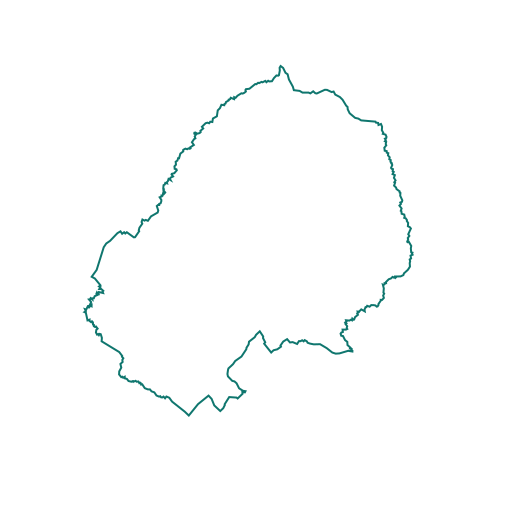 outline of Chulabhorn, Nakhon Si Thammarat, Thailand, rotated 138°
{"feature_id": "78962969B60161161731937", "entity_name": "Chulabhorn", "entity_type": "district", "adm_level": 2, "iso_a3": "THA", "parent_name": "Thailand", "parent_adm1": "Nakhon Si Thammarat", "projection": "albers", "projection_center": [99.858, 8.079], "detail": "fine", "context": "isolated", "style": "outline", "palette": "teal", "viewbox_px": 512, "rotation_deg": 138, "n_neighbors": 0, "source": "geoboundaries", "source_scale": "gbopen_adm2", "svg_char_len": 6101}
<svg xmlns="http://www.w3.org/2000/svg" viewBox="0 0 512 512"><g transform="rotate(138 256 256)"><path d="M434.4,248.4L432.7,245.9L431.7,245.7L431.5,244.8L430.8,245.0L430.3,244.2L429.0,243.8L428.8,242.4L427.4,241.5L427.8,239.6L426.9,239.5L426.7,238.7L427.4,237.3L426.4,236.8L427.1,232.2L425.6,229.2L424.1,227.9L424.2,225.3L422.8,222.7L423.3,218.9L422.1,216.3L421.0,215.9L421.1,214.5L420.3,213.6L418.8,213.4L418.8,211.1L416.6,211.5L415.3,208.7L415.8,203.9L413.1,188.0L412.7,182.4L398.2,184.7L384.7,184.0L384.6,179.5L387.0,172.9L386.3,164.7L382.2,164.8L378.9,166.1L378.5,166.8L370.3,169.1L365.2,163.8L365.0,162.4L358.2,162.6L357.1,164.1L355.5,162.1L354.3,162.6L355.9,164.6L357.1,169.0L355.6,174.4L355.9,177.2L357.2,179.1L357.4,185.3L356.2,187.4L353.0,190.1L351.7,190.9L345.4,191.0L341.7,191.9L334.1,191.0L325.6,193.2L324.4,194.2L320.7,195.2L318.5,197.0L311.3,196.5L308.6,197.4L303.6,197.5L304.5,191.4L305.7,190.3L306.9,185.7L308.6,185.4L309.3,174.1L306.0,174.2L302.6,172.4L298.1,171.9L297.7,173.1L293.0,174.2L288.5,173.4L288.6,169.0L286.4,167.5L284.3,163.1L281.0,164.0L279.9,162.9L278.1,162.5L277.7,160.7L276.1,160.9L275.3,158.5L275.7,157.0L274.5,154.8L272.2,151.7L267.4,147.6L265.1,140.2L263.9,133.2L262.1,130.1L259.2,127.8L251.0,123.9L248.3,120.5L247.8,121.0L248.4,122.4L247.1,122.8L247.2,124.0L248.0,124.5L247.2,125.1L247.6,128.6L245.6,131.1L246.1,133.9L244.9,138.3L246.0,139.7L245.1,141.7L243.8,142.0L242.3,141.4L240.9,143.4L238.4,141.1L237.0,140.7L236.8,141.8L235.2,142.8L235.0,145.6L233.9,145.5L234.1,146.9L232.6,146.8L232.1,148.0L229.8,145.5L228.0,145.1L227.7,144.0L226.3,145.0L226.2,143.4L225.6,143.1L223.3,144.3L219.6,144.1L219.2,145.7L217.6,145.5L217.5,146.6L216.4,145.7L213.5,145.9L212.2,142.1L211.3,143.5L208.8,144.7L208.2,144.1L206.7,144.6L205.5,142.3L203.2,142.4L201.4,140.7L200.3,139.3L200.2,137.6L199.4,137.2L198.0,137.5L197.1,138.4L192.9,139.4L192.6,139.9L191.7,139.0L189.0,139.3L188.0,141.5L185.9,142.3L185.8,143.5L182.7,146.4L180.9,149.8L180.6,149.1L179.3,149.0L178.6,149.8L177.5,148.8L176.9,149.7L172.9,149.9L170.7,149.0L168.5,149.1L168.0,147.7L166.9,147.8L167.1,146.5L166.3,146.5L165.9,147.3L162.2,144.1L159.3,143.2L157.6,144.1L152.4,144.1L148.7,145.1L146.5,147.9L145.0,148.9L144.1,150.6L142.4,150.4L140.9,152.9L138.8,152.2L138.6,153.2L137.5,153.8L138.2,154.9L135.8,158.1L133.9,159.6L132.9,164.4L134.0,164.7L134.1,165.4L131.6,166.7L131.2,167.8L128.6,168.3L128.3,170.3L122.5,172.8L122.4,174.5L123.2,176.5L120.8,178.8L120.5,181.1L119.8,181.7L119.5,183.7L120.3,185.2L119.2,185.7L118.1,187.6L119.5,189.9L118.0,192.0L118.2,192.7L116.0,193.9L115.7,197.5L113.4,197.7L113.0,199.2L111.2,198.6L110.0,199.5L108.5,204.3L106.5,206.2L106.8,207.0L106.0,207.9L106.8,211.7L106.1,213.2L106.3,215.9L103.6,217.4L103.8,218.3L101.7,218.8L101.2,221.8L98.7,223.2L99.7,225.5L97.4,226.3L97.8,227.5L96.1,228.9L96.8,230.0L96.7,231.1L93.9,232.4L93.3,233.5L93.5,234.2L92.9,234.5L93.0,236.1L91.7,237.1L92.2,238.7L90.6,239.9L90.6,242.5L88.9,243.9L89.7,245.3L88.7,246.5L89.9,248.1L88.2,250.6L85.1,251.1L84.7,252.4L82.9,253.7L83.4,255.0L82.0,255.2L81.7,256.9L80.3,256.5L79.3,257.2L78.5,259.5L80.0,261.9L79.0,262.3L78.3,265.3L75.8,267.7L74.8,270.5L77.3,271.4L76.2,273.2L77.6,274.8L77.3,275.9L87.1,286.4L88.0,289.6L89.9,292.3L90.9,299.4L89.7,303.6L88.2,305.6L88.4,307.3L87.1,314.2L87.3,318.0L89.1,322.9L88.3,326.3L90.1,327.2L92.1,332.0L93.7,333.5L102.1,336.1L103.0,337.3L103.3,340.1L106.8,340.5L107.6,342.3L112.1,346.3L113.1,349.5L116.9,353.9L115.3,357.2L113.4,365.2L110.9,369.9L111.5,372.4L110.0,377.6L110.6,380.7L112.5,380.1L114.2,377.9L118.0,375.0L118.8,375.1L120.0,376.5L123.7,376.2L127.2,375.2L129.4,376.9L129.7,378.1L132.0,378.2L131.9,379.9L134.9,380.7L135.4,381.7L138.0,382.4L138.5,383.3L140.8,383.4L141.5,384.3L149.0,384.7L151.8,386.7L152.8,386.4L153.5,385.0L155.5,385.1L157.2,385.6L158.0,386.7L162.5,387.5L165.3,387.2L165.9,388.6L167.3,387.2L168.9,390.5L170.3,389.9L171.7,390.5L172.2,389.9L175.3,390.5L176.6,389.7L177.9,390.0L178.7,389.3L180.5,391.5L183.9,390.0L187.0,389.8L191.6,386.0L196.0,387.0L198.8,384.8L200.1,386.4L202.0,386.0L202.9,387.6L204.6,388.4L209.7,388.2L209.9,386.1L213.6,386.2L214.2,385.1L215.7,385.1L217.8,386.2L218.4,388.3L219.3,388.8L220.0,388.2L219.5,386.4L221.6,385.8L222.3,384.0L223.8,384.3L227.5,383.4L227.9,380.1L232.2,380.8L232.6,379.8L233.5,380.0L234.2,381.2L235.7,381.4L236.6,383.0L238.6,383.5L239.3,383.5L240.1,382.4L243.7,382.7L247.8,380.1L248.4,380.8L250.6,379.5L252.6,379.8L254.4,377.4L256.6,377.2L258.1,375.2L257.1,373.7L257.5,372.7L261.3,372.2L263.6,373.4L264.2,373.1L264.4,370.6L267.1,371.4L268.4,370.9L268.7,369.6L269.4,371.8L271.6,370.5L273.1,370.5L273.5,369.5L274.5,371.0L275.9,370.2L277.3,370.5L279.7,368.3L279.7,367.3L280.7,367.1L281.0,363.9L283.0,363.7L282.9,364.9L285.2,363.4L285.8,364.1L286.3,363.4L288.3,364.1L288.8,361.0L289.8,360.0L291.6,359.0L293.1,359.5L293.8,358.7L294.8,359.5L296.3,359.5L298.2,355.2L300.0,354.1L307.5,355.7L312.8,354.5L313.8,356.6L315.2,356.9L316.0,359.1L318.3,357.8L318.9,356.1L323.7,355.0L326.0,353.5L326.2,352.6L333.3,350.9L334.3,351.6L336.1,360.1L338.1,360.2L338.1,361.9L340.6,362.1L340.2,365.0L343.7,365.7L354.3,364.9L358.9,365.5L363.3,364.4L383.7,352.3L392.0,350.5L390.8,347.1L391.2,338.4L393.0,338.4L392.4,337.0L394.6,336.3L393.1,335.0L392.8,332.3L393.9,332.2L394.4,330.8L397.0,334.5L398.2,334.7L397.9,333.7L398.5,332.8L399.6,333.8L399.1,335.1L399.9,334.7L400.1,333.2L402.8,334.1L404.8,333.1L406.1,334.2L406.7,333.2L407.1,335.3L408.1,334.8L409.2,335.5L409.3,332.1L411.6,331.1L410.5,330.1L411.8,328.7L412.2,330.0L413.6,330.8L413.6,329.6L414.6,329.5L415.1,331.0L418.0,329.8L418.7,331.0L419.4,328.9L421.0,329.1L420.4,327.7L424.3,320.9L422.3,320.1L423.2,319.2L422.8,317.1L421.6,317.2L421.6,315.8L423.0,314.1L422.6,313.1L423.5,312.3L423.1,310.9L422.1,310.7L422.3,308.0L424.0,308.0L426.1,306.3L426.7,303.9L425.5,303.6L425.7,302.3L424.3,302.7L423.7,301.8L425.3,298.3L427.8,295.9L421.9,276.1L422.3,271.3L423.0,270.9L423.0,268.8L424.9,268.2L426.0,266.5L429.0,266.5L430.8,263.2L434.8,261.8L437.0,259.6L437.2,256.1L436.1,255.7L436.2,254.5L434.4,254.1L435.4,252.9L434.2,251.1L434.4,248.4Z" fill="none" stroke="#0f766e" stroke-width="2"/></g></svg>